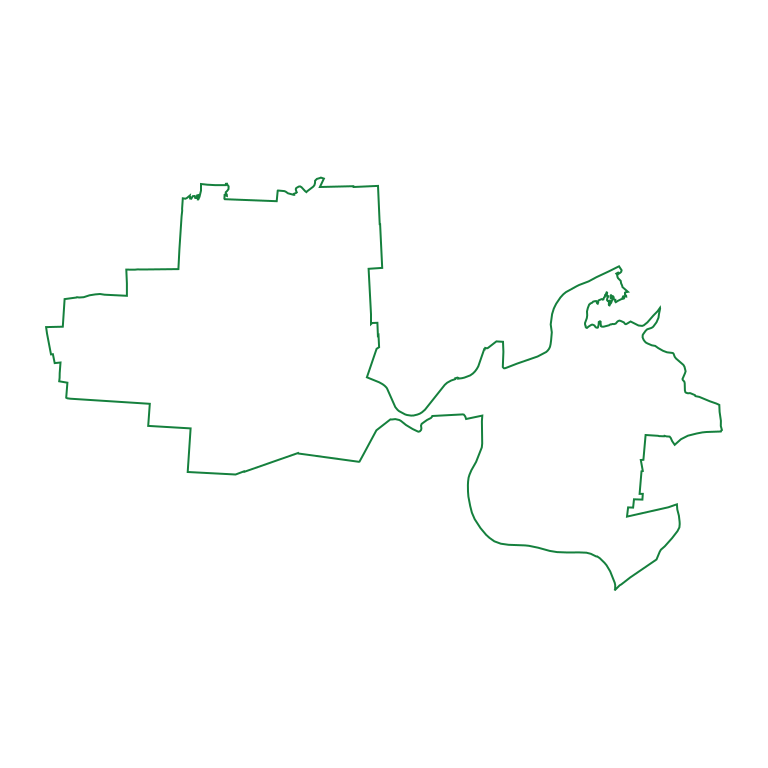 Bertestii De Jos, Braila, Romania
{"feature_id": "2599482B54803043884513", "entity_name": "Bertestii De Jos", "entity_type": "district", "adm_level": 2, "iso_a3": "ROU", "parent_name": "Romania", "parent_adm1": "Braila", "projection": "natural_earth1", "projection_center": [27.835, 44.83], "detail": "fine", "context": "isolated", "style": "outline", "palette": "green", "viewbox_px": 768, "rotation_deg": 0, "n_neighbors": 0, "source": "geoboundaries", "source_scale": "gbopen_adm2", "svg_char_len": 6106}
<svg xmlns="http://www.w3.org/2000/svg" viewBox="0 0 768 768"><path d="M358.9,461.8L359.5,461.6L363.7,453.9L376.4,430.3L390.4,419.4L391.8,419.5L395.3,419.1L399.3,420.0L400.9,420.9L406.0,425.0L412.6,429.0L417.8,431.5L418.7,431.7L420.0,431.2L421.1,429.9L421.4,428.3L421.0,425.6L421.7,423.8L427.0,420.0L430.9,418.0L431.9,416.9L432.3,416.0L462.7,414.4L463.8,414.6L464.7,415.7L465.3,416.6L466.1,419.0L482.3,415.6L481.9,421.2L482.2,443.5L481.8,447.4L476.1,461.9L471.4,470.2L469.5,474.7L468.6,477.6L468.1,481.4L467.9,485.0L468.0,491.5L468.4,496.6L470.2,506.0L471.9,512.7L474.7,519.2L480.5,528.1L486.1,534.8L489.4,537.8L494.3,541.3L500.8,543.7L508.6,544.8L525.0,545.4L528.9,545.8L538.1,547.7L549.7,550.9L557.1,552.1L567.8,552.5L578.9,552.4L586.4,552.7L590.8,553.8L596.3,556.5L597.1,556.4L599.8,558.2L604.5,562.8L606.5,565.2L610.2,571.4L614.7,582.7L615.2,585.0L615.2,586.5L615.1,589.2L614.6,590.4L619.7,585.3L621.3,584.4L630.3,577.4L656.5,559.5L659.7,551.8L660.9,549.7L664.8,546.3L672.1,538.1L677.5,531.1L679.4,527.4L679.7,524.0L679.6,521.8L678.9,515.7L677.3,509.5L676.9,504.3L668.3,507.3L627.0,516.6L628.1,507.4L633.1,507.6L634.0,499.3L642.4,499.6L642.8,493.9L639.6,493.9L641.5,471.3L642.8,471.0L640.8,460.0L643.4,459.8L645.6,435.0L658.1,435.8L659.1,436.1L664.1,436.3L664.4,435.8L666.4,436.4L669.6,436.6L670.7,437.9L672.2,441.2L674.7,444.8L681.0,439.2L687.9,435.7L696.7,433.5L702.4,432.4L706.4,432.0L720.9,431.5L721.4,430.3L721.9,430.0L720.8,426.0L720.9,420.8L719.6,411.9L719.3,404.9L716.5,403.6L709.9,401.3L699.3,396.9L695.4,396.1L694.9,395.1L690.6,393.3L689.9,393.1L688.0,393.3L686.2,392.8L685.4,392.2L684.9,390.4L684.7,383.1L684.3,381.6L682.8,380.0L682.5,379.0L685.0,373.2L685.6,371.3L684.5,366.8L683.4,364.9L676.1,358.6L674.7,356.8L673.6,353.8L672.8,353.0L667.0,352.3L663.0,350.8L658.1,348.0L655.2,345.9L651.8,345.3L647.4,343.4L645.8,342.5L644.6,341.2L643.6,339.8L642.6,337.4L642.7,335.1L643.3,334.0L645.6,330.8L647.2,329.3L651.2,328.0L652.5,327.3L653.3,326.6L656.5,322.3L658.5,317.7L659.0,313.9L660.1,308.6L660.0,307.8L657.7,311.1L653.3,315.6L647.4,322.4L643.8,325.3L642.2,325.9L638.5,325.5L630.6,321.5L627.1,323.6L626.1,324.1L625.5,324.1L624.8,323.7L623.9,322.4L620.6,320.9L619.3,320.6L617.6,321.4L615.7,323.6L614.1,324.1L612.3,324.0L611.4,324.4L610.4,324.4L609.0,325.3L603.6,326.7L602.0,326.7L601.0,326.2L600.6,323.5L600.6,321.7L600.0,321.3L598.8,322.0L598.6,324.9L597.9,327.5L597.6,327.7L596.3,327.6L595.3,326.8L594.5,325.5L592.7,324.7L591.8,324.7L590.9,325.1L588.4,326.7L587.0,327.9L586.4,327.8L585.6,326.8L585.7,326.0L585.1,324.8L585.0,323.1L586.8,318.2L587.2,315.4L587.0,311.4L587.8,308.1L589.2,304.5L590.1,303.9L590.3,303.5L592.0,302.8L593.2,301.6L595.3,301.1L596.3,301.1L597.1,303.3L597.7,303.7L598.2,302.5L598.2,301.1L598.6,300.4L601.6,299.1L602.2,299.1L602.7,299.6L603.4,299.4L604.0,297.5L604.8,296.9L605.1,295.0L605.8,294.3L606.6,292.4L607.1,292.6L607.1,293.0L606.7,295.8L608.0,296.0L608.4,296.5L607.4,297.8L607.0,300.0L607.8,301.1L609.9,300.6L610.2,301.0L609.0,302.3L608.8,304.5L609.0,305.2L609.5,305.4L610.1,304.1L611.1,302.9L612.2,300.0L612.6,299.7L612.8,299.1L612.6,297.7L612.3,297.4L611.5,297.4L611.5,298.3L610.8,298.2L610.6,297.8L610.8,297.4L611.6,296.8L611.5,296.2L610.9,295.9L610.7,295.5L611.0,295.2L611.9,296.0L612.9,296.2L613.3,296.7L613.3,297.2L613.6,297.2L613.7,297.5L613.7,298.9L614.7,299.8L615.3,299.8L615.2,301.5L615.8,302.2L617.6,301.0L621.2,299.2L623.9,298.5L624.1,298.2L624.0,297.7L622.7,297.4L623.1,296.4L623.5,296.3L623.8,296.6L624.3,296.4L626.2,296.6L626.1,295.7L625.0,294.6L625.0,292.7L625.5,292.3L627.9,291.8L622.5,287.1L622.1,285.5L621.1,283.3L620.7,280.9L618.0,278.1L617.6,277.3L617.0,274.5L616.3,273.6L618.1,272.6L618.7,273.4L617.1,274.4L617.3,275.5L617.4,274.8L618.1,274.1L620.3,272.7L621.2,271.8L621.6,270.2L619.0,266.3L609.2,271.2L596.4,277.2L588.6,281.4L579.1,285.0L576.7,286.2L566.0,292.1L563.3,294.3L560.4,297.5L556.2,303.7L554.8,306.5L553.8,308.6L552.1,314.1L550.7,324.4L551.8,332.3L551.1,340.3L550.6,344.1L550.0,346.8L549.0,348.9L547.6,350.7L546.2,352.0L537.6,356.5L517.1,363.6L505.5,368.1L504.6,368.3L503.8,368.2L502.8,367.0L503.4,351.8L503.0,341.8L496.4,341.4L488.0,347.9L487.0,348.3L485.2,347.9L484.7,349.4L484.2,349.2L478.3,366.3L476.9,368.8L475.0,371.4L472.9,373.5L470.2,375.4L464.4,377.6L461.9,378.2L458.5,378.6L458.7,378.1L457.5,377.6L455.2,378.3L455.3,379.1L451.2,380.5L447.2,382.7L444.8,384.8L425.0,409.7L422.0,412.3L419.7,413.7L417.3,414.6L413.6,415.5L411.1,415.6L407.0,415.0L405.1,414.4L399.0,411.1L397.5,409.8L395.3,407.1L387.2,388.8L386.5,387.6L384.6,385.7L382.6,384.2L379.2,382.3L366.9,377.3L376.6,348.8L379.1,347.2L378.5,335.1L377.9,335.6L377.4,322.8L372.2,323.0L371.0,324.1L371.0,314.2L368.6,268.8L382.2,267.9L380.1,224.1L379.7,224.1L378.0,185.9L353.5,187.0L353.3,186.9L353.3,186.2L319.9,187.0L323.9,178.6L320.9,177.6L319.7,178.1L316.9,178.9L315.1,180.7L315.0,183.1L314.4,185.2L313.3,186.6L307.0,191.4L306.4,192.1L305.2,191.2L301.5,187.2L300.1,186.4L298.7,186.6L296.3,188.0L295.9,188.7L295.8,189.5L296.4,191.7L296.8,192.3L296.0,193.0L293.9,193.8L294.1,194.8L293.6,194.8L288.0,193.3L285.6,191.6L284.3,191.1L277.9,190.5L277.7,190.7L276.7,201.2L224.8,199.2L224.4,198.7L224.6,194.8L225.1,194.6L226.1,195.6L226.9,195.9L226.8,194.6L225.7,193.0L225.8,192.2L227.1,191.0L228.5,189.1L228.6,186.3L227.4,184.8L227.0,183.7L225.9,183.8L225.8,185.1L214.6,185.1L207.3,184.7L201.0,184.0L201.0,190.6L199.5,196.8L198.3,199.4L198.0,199.4L199.0,194.9L197.1,195.4L196.5,198.1L195.2,197.9L194.7,196.0L192.8,196.2L191.3,198.7L190.1,198.5L190.1,196.9L189.5,196.8L189.7,195.7L186.9,198.0L185.4,198.7L182.8,198.3L182.1,208.8L182.2,210.8L181.6,216.1L179.4,249.5L178.4,269.1L142.1,269.5L137.6,269.4L134.6,269.7L126.3,269.6L126.9,283.5L126.9,295.8L104.6,294.7L100.0,294.0L95.3,294.4L89.5,295.3L83.7,297.2L79.2,297.5L76.9,297.2L76.5,297.5L64.6,299.1L62.8,326.7L46.1,327.1L47.0,333.5L51.0,354.4L52.9,354.2L54.7,363.1L60.5,362.5L59.7,373.1L59.6,377.9L59.2,381.3L67.4,382.7L66.2,397.7L67.3,398.3L70.2,398.7L149.8,403.8L148.2,425.9L190.6,428.4L187.7,472.0L235.6,474.5L244.1,471.3L244.3,471.8L298.1,453.0L298.3,453.5L358.9,461.8Z" fill="none" stroke="#15803d" stroke-width="2"/></svg>